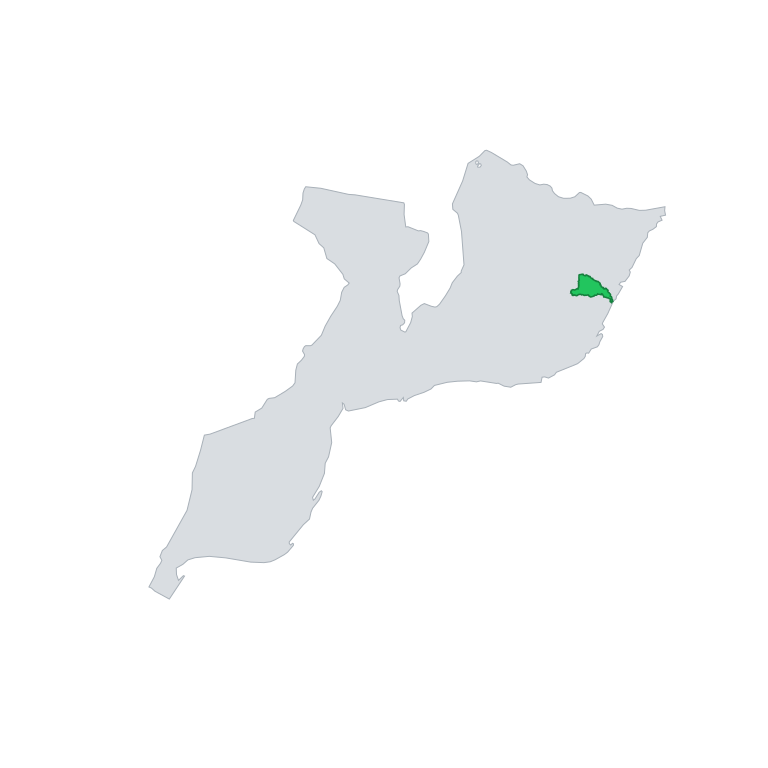 location of Chiure, Cabo Delgado, Mozambique, rotated 30°
{"feature_id": "85939544B26812417695120", "entity_name": "Chiure", "entity_type": "district", "adm_level": 2, "iso_a3": "MOZ", "parent_name": "Mozambique", "parent_adm1": "Cabo Delgado", "projection": "robinson", "projection_center": [39.723, -13.545], "detail": "fine", "context": "in_parent", "style": "filled", "palette": "green", "viewbox_px": 768, "rotation_deg": 30, "n_neighbors": 0, "source": "geoboundaries", "source_scale": "gbopen_adm2", "svg_char_len": 8991}
<svg xmlns="http://www.w3.org/2000/svg" viewBox="0 0 768 768"><g transform="rotate(30 384 384)"><path d="M254.0,518.1L258.4,514.4L287.1,479.8L288.9,478.5L286.5,472.7L290.2,466.0L290.6,455.6L291.7,453.9L296.2,450.5L302.2,439.7L305.9,431.4L306.3,427.4L300.7,416.1L299.0,410.0L300.6,404.7L301.2,399.8L300.4,398.2L297.0,396.2L296.4,394.0L296.4,391.4L297.1,389.9L301.2,387.6L302.1,386.4L305.4,373.1L304.1,363.2L304.0,351.8L304.7,340.0L304.3,333.4L301.5,325.7L301.2,320.2L303.1,316.3L303.4,314.0L297.0,312.8L293.6,309.6L281.3,304.6L271.8,303.9L263.8,296.2L257.6,294.9L249.6,289.3L224.6,288.3L223.7,287.7L222.5,270.8L221.5,265.2L218.4,259.2L217.5,255.0L217.6,252.3L231.4,246.1L258.5,237.5L264.5,234.6L310.6,217.2L311.9,218.3L316.6,227.1L324.3,237.1L326.2,235.8L337.3,234.2L338.9,232.9L342.3,232.0L346.2,231.4L347.5,232.0L351.6,238.2L353.1,249.8L353.3,257.7L352.9,263.3L349.6,269.7L347.3,277.9L343.8,282.4L343.9,284.5L347.9,289.3L348.8,291.4L348.6,295.6L349.2,297.3L352.7,299.9L355.4,304.0L365.5,315.8L368.1,317.9L370.1,318.4L371.2,320.7L370.6,323.4L369.1,325.0L369.7,327.2L371.6,328.9L376.2,328.6L376.8,327.8L376.4,317.5L374.8,311.4L372.8,308.6L376.6,297.4L378.7,294.2L386.2,293.0L389.7,291.9L391.1,290.6L392.2,287.0L393.1,277.0L393.3,267.7L392.5,262.2L393.6,253.9L395.2,248.7L394.4,247.7L393.7,240.8L374.8,213.1L364.0,200.7L362.3,199.4L356.3,198.3L353.2,193.8L350.6,168.9L346.5,150.9L352.7,139.1L354.7,131.4L355.9,130.3L361.2,129.8L379.8,130.1L384.4,130.8L386.5,130.0L391.4,125.4L395.3,125.5L400.7,128.4L403.7,131.0L404.2,133.2L407.8,134.5L414.5,134.8L419.4,133.7L422.4,131.1L425.6,129.7L429.0,129.5L431.5,130.4L433.2,132.4L436.5,133.8L441.4,134.6L446.7,133.4L452.4,130.0L455.7,126.4L457.5,120.5L458.6,119.7L466.6,119.2L471.0,120.3L476.6,124.0L486.1,117.4L492.2,115.2L498.0,115.1L502.7,113.6L506.4,110.4L510.3,108.4L518.3,106.0L523.7,102.7L538.7,90.0L540.4,93.6L543.4,97.0L539.4,100.7L542.9,103.1L540.3,106.6L540.0,109.1L541.2,111.5L539.5,115.6L537.3,118.7L536.8,121.1L538.7,125.3L537.7,132.7L540.8,145.2L539.8,149.3L540.5,159.1L539.4,162.7L541.3,163.9L542.3,167.8L541.4,174.6L538.1,177.5L537.8,180.3L541.9,180.3L541.9,188.9L541.4,191.4L542.4,194.3L541.2,197.5L542.6,211.2L542.7,221.2L543.0,222.8L546.5,224.5L546.4,227.2L544.1,230.7L544.3,236.1L546.8,231.8L548.4,231.9L549.7,233.5L549.8,239.5L550.5,242.5L550.2,245.1L546.0,250.1L545.8,255.0L544.2,255.6L543.4,256.8L544.5,259.5L544.4,262.0L541.5,269.6L527.4,287.7L527.1,290.8L523.5,296.6L519.6,297.5L517.5,299.1L519.2,304.1L500.3,316.9L498.4,318.7L495.4,323.4L489.1,325.8L482.4,326.2L481.3,327.2L466.0,333.1L463.0,335.9L456.5,338.5L446.3,344.8L437.9,350.9L428.4,360.0L427.2,364.8L422.8,371.2L416.1,378.8L412.1,385.1L411.9,387.8L409.5,388.7L407.5,386.0L406.6,391.1L405.0,391.5L403.2,390.4L394.7,395.8L388.5,402.0L379.6,413.8L366.7,425.2L363.7,425.5L359.6,421.5L357.4,421.2L360.7,425.6L360.6,435.2L359.1,446.5L359.3,448.9L368.0,460.9L372.4,474.8L372.7,482.0L377.1,491.2L379.1,505.0L378.8,517.9L380.9,520.0L381.7,518.1L382.0,510.1L383.1,507.8L384.3,508.2L385.4,512.6L385.8,517.2L384.3,527.3L384.8,531.4L387.0,538.2L384.5,546.2L380.9,568.2L381.8,569.6L383.7,570.1L384.4,567.7L385.6,567.7L386.2,569.1L384.6,577.8L383.0,581.6L377.5,590.8L374.4,594.8L369.4,598.7L357.6,604.9L333.9,613.7L318.9,620.6L307.2,628.9L302.1,634.4L300.0,640.7L296.1,647.3L299.6,652.8L304.2,656.8L306.1,650.3L307.3,650.1L305.6,677.6L289.3,678.0L284.6,677.0L281.9,677.3L281.5,665.8L279.4,657.2L280.1,651.1L279.8,647.8L276.3,645.6L275.3,639.0L277.2,633.9L276.6,591.9L270.6,571.5L262.5,556.8L262.0,549.6L258.3,533.3L254.0,518.1ZM356.8,149.3L358.7,148.2L359.0,146.1L357.8,145.1L356.6,145.3L356.1,148.6L356.8,149.3ZM355.4,145.5L353.9,144.0L352.7,144.4L352.3,145.7L353.5,147.4L354.8,147.4L355.4,145.5Z" fill="#d9dde1" stroke="#a8b0b8" stroke-width="1"/><path d="M505.6,188.2L504.9,188.3L504.9,188.6L504.8,188.9L504.7,189.2L504.3,189.1L504.3,189.6L503.9,189.8L503.4,189.8L503.1,189.9L502.9,189.9L502.8,190.0L502.7,190.0L502.6,189.9L502.2,189.8L502.1,189.7L501.9,189.9L501.7,189.9L501.6,189.5L501.5,189.4L501.4,189.4L501.3,189.6L501.1,189.9L500.7,189.9L500.7,190.1L500.2,190.4L500.0,190.6L499.6,190.8L499.4,191.1L499.0,191.3L498.9,191.5L498.6,191.6L498.4,191.9L498.4,192.0L498.6,192.1L498.6,192.5L498.7,192.8L499.0,193.1L499.2,193.7L499.8,194.8L500.0,195.1L500.2,195.3L500.3,195.7L500.7,195.7L500.8,196.1L500.9,196.4L501.3,196.7L501.4,196.8L501.2,197.3L500.9,197.6L500.9,197.8L501.0,197.8L501.0,198.1L501.2,198.4L501.5,198.5L502.1,198.7L502.2,198.9L502.1,199.7L502.4,200.1L502.5,200.1L502.5,200.3L503.0,200.4L503.2,200.6L503.2,200.9L503.2,201.0L503.4,201.2L503.3,201.4L503.6,201.6L503.5,201.8L503.7,202.0L503.9,202.3L503.9,202.6L504.0,202.6L504.1,202.9L504.2,203.1L504.1,203.4L504.2,203.5L504.4,203.5L504.2,203.6L504.2,203.8L504.2,204.0L504.4,204.2L504.4,204.4L504.6,204.6L504.5,204.8L504.4,204.8L504.2,204.8L503.9,204.8L503.4,205.1L503.0,206.1L502.6,206.4L502.3,207.2L501.7,207.4L500.4,207.8L500.3,208.0L500.2,208.3L499.8,208.6L499.6,209.0L499.4,209.2L499.5,209.6L499.6,209.9L499.6,210.1L499.8,210.1L499.8,210.3L499.8,210.7L499.7,210.7L499.7,210.8L500.0,211.0L500.0,211.3L500.3,211.5L500.3,211.8L500.8,211.6L501.1,211.8L501.4,211.8L501.7,212.0L501.9,211.9L502.1,212.2L502.3,212.3L502.3,212.5L502.2,212.7L502.3,212.8L502.7,212.9L502.8,213.0L503.1,213.0L503.3,212.8L503.6,212.7L503.7,212.0L503.9,211.9L504.1,212.0L504.2,211.8L504.5,211.8L504.5,211.6L504.9,211.5L505.1,211.6L505.4,211.4L505.7,211.3L506.0,211.4L506.3,211.5L506.5,211.3L506.5,211.2L506.9,210.9L507.0,210.6L507.3,210.5L507.3,210.3L507.4,210.2L507.5,209.9L507.5,209.5L507.6,209.3L507.8,209.1L508.2,209.0L508.3,208.8L508.4,208.7L508.8,208.5L508.9,208.2L509.4,208.1L509.6,208.0L509.7,207.9L510.0,208.0L510.3,208.1L510.4,207.9L510.7,207.9L510.9,207.7L511.0,207.5L511.4,207.2L511.5,207.2L511.9,207.3L512.1,207.3L512.2,207.1L512.4,207.1L512.6,207.2L512.9,207.1L513.1,207.2L513.4,207.0L513.6,206.8L513.8,206.7L513.8,206.4L514.0,206.3L514.8,206.1L515.2,205.7L515.3,205.5L515.7,205.3L516.1,205.1L516.1,204.8L516.3,204.7L516.6,204.7L516.8,205.0L517.0,205.0L517.4,205.3L517.6,205.2L517.9,205.3L518.1,205.2L518.3,205.4L518.7,205.2L518.8,205.2L519.0,205.3L519.6,205.3L519.8,205.1L519.8,204.9L520.0,204.8L520.3,204.5L520.6,204.3L520.9,203.9L521.2,203.7L521.5,203.1L522.0,202.8L522.0,202.5L521.9,202.3L521.9,201.9L522.4,201.6L522.5,201.5L522.8,201.4L523.5,201.0L523.7,200.4L523.8,200.3L524.1,199.8L524.1,199.4L524.0,199.2L524.7,199.1L525.0,199.0L525.3,198.8L525.6,198.7L526.5,198.3L527.1,198.1L527.4,198.2L527.6,198.0L527.7,197.9L527.6,197.7L527.3,197.0L527.4,196.9L527.8,196.9L528.4,197.0L528.5,197.1L528.6,197.5L529.3,197.5L529.8,197.7L530.0,198.0L530.3,198.1L530.5,198.3L530.6,198.6L530.8,198.8L531.0,198.8L531.2,198.6L531.5,198.3L531.9,198.3L532.2,198.2L532.4,198.2L532.8,198.1L533.1,197.9L533.4,197.7L534.0,197.9L534.4,197.8L534.5,197.6L534.8,197.5L535.0,197.3L535.3,197.2L535.6,197.3L536.0,197.4L536.2,197.5L536.5,197.4L536.8,197.4L537.1,197.2L537.6,197.6L538.0,197.8L538.2,198.0L538.2,198.4L538.2,198.8L538.3,199.1L538.5,199.4L538.8,199.4L539.1,199.7L539.6,199.3L540.0,199.4L540.1,199.5L540.1,199.4L540.3,199.1L540.5,199.1L540.6,199.3L540.6,199.2L540.6,198.9L540.9,198.0L540.7,197.9L540.4,198.1L540.2,197.9L540.1,198.0L539.9,197.8L539.9,197.7L540.2,197.4L540.1,197.2L539.8,197.0L539.8,196.9L539.7,196.8L539.7,196.7L539.4,196.4L539.1,196.4L538.8,196.6L538.7,196.5L538.6,196.4L538.4,196.4L538.3,196.2L538.2,195.9L538.1,195.3L537.4,194.7L537.0,194.7L536.5,194.9L536.4,194.9L536.1,195.0L536.0,194.9L536.0,194.6L535.9,194.5L535.9,194.3L535.8,194.1L535.8,193.9L535.6,193.6L535.4,193.4L535.3,193.1L534.7,192.9L534.4,192.8L534.1,192.8L533.7,192.7L533.4,192.4L533.1,192.5L532.7,192.4L532.4,192.4L532.2,192.3L531.7,192.1L531.4,191.7L531.4,191.2L531.2,191.1L531.1,191.3L530.9,191.3L530.6,190.9L530.7,190.7L530.2,190.6L529.9,190.7L529.3,190.6L529.2,190.5L529.1,190.3L528.9,190.1L528.6,190.2L528.3,190.2L528.1,190.3L527.9,190.4L527.9,190.5L528.1,190.7L528.1,190.8L527.9,191.0L527.7,191.3L527.2,191.3L527.1,191.5L526.8,191.7L526.7,191.6L526.5,191.3L526.3,191.3L526.1,191.1L525.6,191.3L525.5,191.0L525.5,190.9L525.1,191.1L524.5,191.0L524.1,191.0L523.8,191.2L523.6,191.1L523.4,191.1L523.0,190.5L522.8,190.3L522.4,190.1L522.3,189.9L522.1,189.8L521.8,189.8L521.7,189.6L521.3,189.5L521.2,189.7L521.0,189.4L521.0,189.0L520.9,188.8L520.7,188.8L520.4,188.6L520.2,188.7L519.4,188.4L518.9,188.5L518.7,188.3L518.3,188.2L518.0,188.3L517.8,188.2L517.7,188.3L517.4,188.8L517.2,188.9L516.6,188.6L516.4,188.7L516.2,188.7L516.1,188.9L515.8,188.7L515.5,188.7L515.2,188.9L515.0,189.0L514.6,189.0L514.4,189.0L513.6,188.9L513.3,188.8L513.2,188.8L513.1,189.0L512.8,189.0L512.6,189.0L512.5,188.8L512.3,188.8L512.3,188.6L512.0,188.4L511.9,188.3L511.6,188.6L511.4,188.7L511.1,188.6L510.8,188.7L510.5,188.7L510.3,188.7L509.9,188.5L509.4,188.4L509.1,188.1L508.8,187.9L508.5,188.1L508.1,188.2L508.0,188.4L507.8,188.3L507.8,188.5L507.7,188.5L507.4,188.5L507.2,188.2L506.9,188.2L506.7,188.3L506.4,188.4L505.6,188.2Z" fill="#22c55e" stroke="#15803d" stroke-width="1.5"/></g></svg>